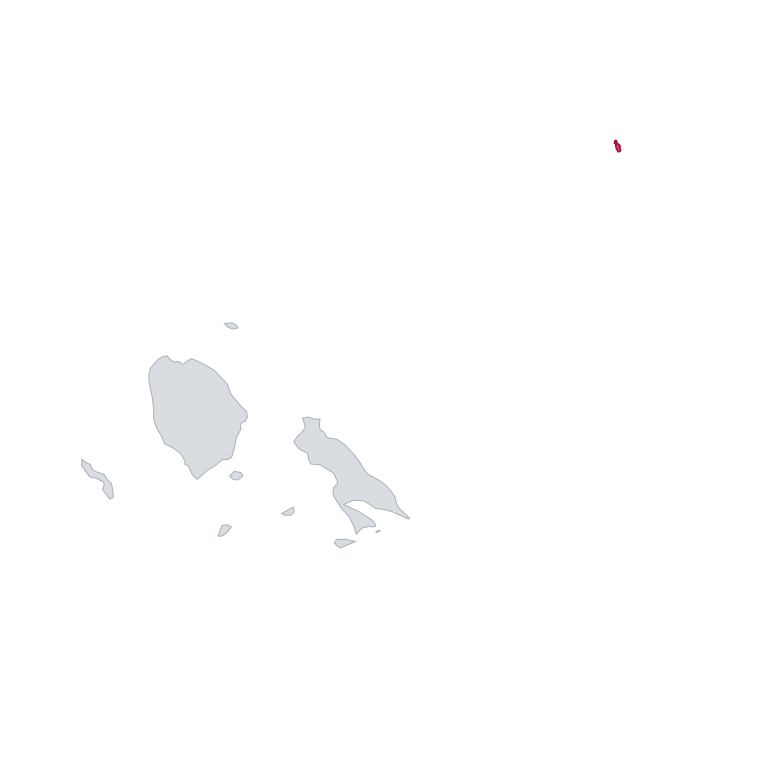 Rotuma, Rotuma, Fiji shown in context, rotated 67°
{"feature_id": "14151628B71764118664060", "entity_name": "Rotuma", "entity_type": "district", "adm_level": 2, "iso_a3": "FJI", "parent_name": "Fiji", "parent_adm1": "Rotuma", "projection": "mercator", "projection_center": [177.068, -12.502], "detail": "fine", "context": "in_parent", "style": "filled", "palette": "rose", "viewbox_px": 768, "rotation_deg": 67, "n_neighbors": 0, "source": "geoboundaries", "source_scale": "gbopen_adm2", "svg_char_len": 4169}
<svg xmlns="http://www.w3.org/2000/svg" viewBox="0 0 768 768"><g transform="rotate(67 384 384)"><path d="M364.1,526.7L364.1,530.9L366.7,532.7L369.3,533.0L375.8,540.9L385.8,547.7L391.9,552.9L392.3,557.4L390.4,562.1L393.0,570.6L394.3,579.4L398.7,593.3L392.4,595.9L382.5,596.2L380.3,598.7L376.9,597.4L368.7,598.4L360.8,603.0L353.4,609.2L344.8,609.2L335.1,610.5L325.4,609.7L318.5,606.3L306.5,602.7L290.5,599.6L283.9,597.0L278.4,593.0L273.2,582.7L272.4,577.7L273.2,572.8L277.9,571.2L281.8,568.8L282.4,565.6L284.1,563.3L286.4,562.5L287.5,561.0L285.9,555.8L285.5,551.1L294.7,542.5L304.9,535.1L322.8,528.3L333.7,528.9L350.4,523.7L355.8,521.2L361.1,522.7L364.1,526.7ZM517.8,414.4L504.3,426.8L499.4,433.2L495.3,440.3L483.8,447.8L478.9,458.0L479.2,468.3L490.8,457.6L503.6,448.8L507.5,447.0L511.6,447.1L511.3,450.1L509.4,453.1L508.0,460.8L511.4,468.1L501.8,467.4L492.3,468.0L481.1,472.0L470.0,473.8L465.9,473.9L462.0,472.5L459.4,470.4L457.3,465.6L455.3,464.9L446.5,465.1L433.4,474.5L429.0,482.6L424.0,483.0L418.0,481.3L410.8,487.5L402.2,489.7L398.5,484.5L396.1,478.0L393.0,473.3L383.5,472.1L385.0,466.4L387.5,464.0L389.8,460.5L391.2,456.6L395.7,459.1L400.4,460.7L405.6,457.8L411.0,457.5L416.4,449.0L424.9,443.7L436.6,439.4L448.5,436.4L454.7,435.8L460.5,434.1L470.9,426.1L477.8,422.0L485.2,419.5L492.4,418.0L499.0,419.3L504.3,418.6L517.8,412.9L517.8,414.4ZM382.7,677.5L382.6,681.6L371.1,684.3L367.3,680.9L364.8,680.3L357.9,686.2L355.9,688.7L355.3,690.5L353.5,691.4L340.9,694.3L335.3,691.4L339.1,689.5L343.7,685.6L348.3,686.2L353.0,682.6L357.7,677.1L364.3,675.9L368.9,673.8L376.6,675.3L382.7,677.5ZM517.8,488.5L511.2,492.0L508.6,488.6L511.7,480.3L517.8,471.9L517.8,478.7L517.8,488.5ZM459.7,595.3L458.9,596.1L451.1,588.6L451.4,585.6L452.7,582.9L455.8,580.4L458.6,584.7L460.8,591.8L459.7,595.3ZM413.0,560.2L408.4,561.9L405.9,556.2L409.4,550.4L413.3,549.9L415.3,555.7L413.0,560.2ZM466.2,526.3L463.2,528.8L461.8,515.9L464.9,516.0L467.1,517.3L468.4,520.6L466.2,526.3ZM270.6,505.7L266.0,507.3L268.4,499.8L271.0,497.5L272.7,497.0L275.3,496.5L274.3,501.7L270.6,505.7ZM260.5,76.3L257.0,77.2L251.4,76.5L250.2,75.0L252.0,74.7L255.7,73.7L260.2,74.2L261.0,75.2L260.5,76.3ZM517.8,449.0L516.7,449.1L516.5,447.3L517.8,444.2L517.8,449.0Z" fill="#d9dde1" stroke="#a8b0b8" stroke-width="1"/><path d="M256.5,74.0L256.5,73.9L256.4,74.0L256.1,74.0L255.8,74.0L255.7,74.0L255.4,74.1L255.3,74.3L255.2,74.4L255.1,74.5L254.9,74.6L254.7,74.7L254.6,74.8L254.4,74.9L254.4,75.0L254.2,75.1L254.1,75.3L254.0,75.5L253.9,75.5L253.7,75.8L253.8,75.8L253.9,76.0L253.7,76.2L253.6,76.3L253.4,76.4L253.1,76.5L252.9,76.5L252.7,76.5L252.6,76.4L252.4,76.3L252.3,76.2L252.2,76.1L252.2,75.9L252.2,75.7L252.3,75.7L252.5,75.6L252.4,75.5L252.4,75.4L252.2,75.2L251.9,75.0L251.7,75.1L251.6,75.3L251.4,75.2L251.2,75.3L250.9,75.2L250.7,75.2L250.5,75.3L250.4,75.4L250.3,75.5L250.2,75.6L250.2,75.8L250.2,76.0L250.3,76.3L250.4,76.5L250.5,76.8L250.8,76.8L250.9,77.0L251.0,77.0L251.3,77.1L251.6,77.2L251.8,77.2L252.0,77.3L252.3,77.4L252.5,77.5L252.4,77.8L252.5,77.9L252.7,77.7L252.7,77.4L252.6,77.1L252.7,76.9L252.8,76.8L252.9,76.7L253.0,76.7L253.1,76.8L253.3,76.9L253.3,77.0L253.3,76.9L253.3,76.7L253.2,76.7L253.3,76.6L253.5,76.7L253.6,76.8L253.7,76.7L253.9,76.7L254.1,76.7L254.2,76.8L254.4,76.8L254.4,77.0L254.5,77.0L254.6,77.3L254.8,77.4L254.9,77.5L255.1,77.6L255.4,77.7L255.5,77.7L255.8,77.6L256.0,77.7L256.1,77.8L256.2,77.7L256.3,77.7L256.5,77.7L256.7,77.8L256.9,77.9L257.3,77.9L257.5,77.9L257.6,78.0L257.8,78.0L258.0,78.0L258.1,77.9L258.4,77.9L258.7,77.8L258.9,77.9L259.0,77.9L259.3,77.8L259.5,77.9L259.5,78.0L259.6,77.9L259.8,77.9L260.0,77.8L260.2,77.7L260.3,77.7L260.4,77.8L260.6,77.8L260.8,77.8L261.2,77.8L261.4,77.8L261.5,77.8L261.7,77.7L261.8,77.6L261.9,77.4L262.0,77.3L261.9,77.1L262.0,76.9L262.0,76.7L262.0,76.4L262.0,76.2L262.1,75.9L262.1,75.7L261.9,75.5L261.9,75.4L261.7,75.3L261.6,75.2L261.4,75.1L261.0,74.8L260.8,74.7L260.7,74.7L260.4,74.7L260.2,74.8L259.9,74.8L259.7,74.8L259.4,74.8L259.5,74.8L259.4,74.7L259.1,74.7L258.9,74.7L258.7,74.5L258.6,74.4L258.4,74.4L258.2,74.4L257.9,74.3L257.7,74.2L257.6,74.3L257.3,74.3L257.2,74.2L256.8,74.1L256.7,74.0L256.5,74.0Z" fill="#f43f5e" stroke="#9f1239" stroke-width="1.5"/></g></svg>